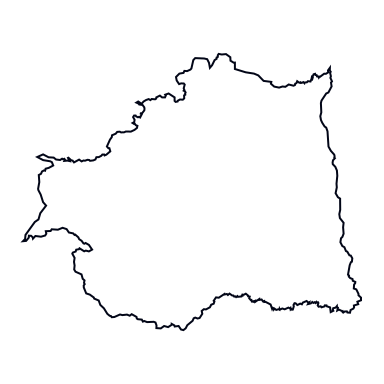 outline of Atebubu Amantin, Brong Ahafo, Ghana
{"feature_id": "2480657B7685147466351", "entity_name": "Atebubu Amantin", "entity_type": "district", "adm_level": 2, "iso_a3": "GHA", "parent_name": "Ghana", "parent_adm1": "Brong Ahafo", "projection": "orthographic", "projection_center": [-1.011, 7.728], "detail": "fine", "context": "isolated", "style": "outline", "palette": "ink", "viewbox_px": 384, "rotation_deg": 0, "n_neighbors": 0, "source": "geoboundaries", "source_scale": "gbopen_adm2", "svg_char_len": 5909}
<svg xmlns="http://www.w3.org/2000/svg" viewBox="0 0 384 384"><path d="M76.2,249.7L75.7,251.5L72.8,252.6L72.3,253.7L74.6,257.9L74.0,261.9L74.6,265.5L74.2,269.5L75.5,271.7L81.5,274.4L82.7,278.8L84.5,280.4L84.0,282.9L84.7,284.1L83.7,285.5L83.8,287.5L86.2,293.4L89.8,294.6L93.8,297.5L94.2,298.6L98.7,300.5L100.3,304.9L103.9,308.3L107.3,313.8L109.7,315.8L110.9,316.0L111.7,317.2L114.4,317.0L120.0,314.5L122.4,315.1L127.0,314.6L129.7,315.7L131.7,314.2L136.5,316.9L136.8,318.5L137.8,319.2L141.8,319.6L142.9,321.6L144.2,321.0L147.1,322.1L153.7,321.8L155.5,322.5L156.5,325.4L156.4,328.1L160.8,328.4L164.1,326.0L168.1,327.1L171.7,324.8L171.7,323.9L174.4,325.4L174.7,326.5L178.6,326.0L181.0,329.5L183.4,330.1L185.7,328.3L187.3,325.2L192.6,320.8L193.7,318.3L195.2,317.6L197.6,318.5L199.6,318.0L202.3,313.8L201.7,311.0L203.8,309.2L206.0,309.4L209.9,307.3L211.2,304.7L213.7,303.7L214.4,301.5L213.7,300.8L216.0,297.4L218.8,297.7L224.4,294.0L224.5,294.5L226.9,294.0L227.9,295.0L229.5,293.6L232.2,295.5L233.4,295.5L234.2,296.6L235.4,296.4L236.1,297.1L237.4,296.1L237.8,296.8L241.4,296.5L241.7,295.6L242.5,295.7L242.6,294.6L243.7,294.8L245.8,293.7L248.0,295.5L248.1,296.3L249.7,296.6L249.2,298.3L250.7,300.0L251.4,299.9L251.8,301.5L253.4,301.2L253.4,301.8L254.5,301.9L254.5,301.2L255.6,300.5L256.2,300.6L256.0,301.3L259.3,299.0L259.4,299.9L261.6,299.5L263.0,301.4L264.2,301.0L264.3,302.0L265.6,301.9L270.6,304.5L272.1,308.9L272.6,307.7L273.7,308.3L273.9,309.4L274.5,308.6L276.2,309.9L278.7,309.2L279.5,309.7L279.6,309.0L279.9,309.6L282.3,308.5L284.7,309.3L288.4,307.6L290.0,308.4L290.4,308.0L290.6,309.4L291.2,308.8L291.9,309.7L292.8,309.6L293.8,306.4L293.5,305.0L294.5,303.2L295.6,303.3L297.3,305.0L297.9,304.6L297.7,304.1L298.3,304.6L300.2,303.6L301.9,304.3L302.8,302.6L306.6,301.0L308.3,302.6L309.0,302.3L308.0,304.1L310.8,303.4L312.3,302.0L313.3,302.9L314.7,302.2L315.4,303.0L316.2,302.1L316.4,302.7L317.9,302.2L318.4,303.0L317.7,305.4L318.6,306.7L320.7,306.3L321.5,307.3L324.5,306.4L324.8,305.4L326.5,305.4L326.8,306.3L330.1,307.4L330.7,312.1L333.3,310.8L332.8,310.0L333.2,308.2L335.7,307.6L336.9,306.1L337.0,307.3L337.9,307.7L337.3,310.5L338.9,309.6L341.9,311.0L342.5,311.9L342.9,311.4L343.5,312.4L344.7,311.5L346.9,311.4L347.4,312.5L350.0,312.7L350.6,310.0L353.4,308.6L354.1,307.2L353.9,305.5L358.2,304.2L357.4,301.7L361.0,300.3L361.0,297.6L358.5,295.3L358.5,293.9L356.3,289.4L353.8,288.5L354.1,284.6L355.2,283.1L355.3,281.9L352.8,280.8L352.5,279.0L350.2,278.1L348.8,276.6L349.0,275.5L348.0,274.7L349.7,265.2L350.9,262.2L351.9,261.7L352.3,258.3L350.8,255.6L349.4,255.3L347.3,251.7L345.9,251.0L344.4,247.2L342.3,246.0L340.4,242.2L341.0,238.3L342.4,236.9L343.6,233.7L343.1,227.3L343.6,222.8L339.9,218.1L339.3,214.1L340.2,209.9L340.1,198.6L337.9,197.2L335.6,193.2L336.8,187.4L336.5,183.7L337.3,175.8L336.9,170.5L335.3,166.8L332.8,164.2L332.6,162.5L333.0,160.3L334.9,158.2L334.3,157.6L334.6,156.2L334.2,154.6L330.9,150.9L328.5,146.6L327.5,131.3L326.2,127.6L324.6,126.5L322.2,122.7L321.0,120.1L320.3,116.2L321.3,112.4L320.9,103.1L321.5,100.6L326.2,93.5L328.4,92.5L331.6,86.4L331.0,82.6L332.0,81.4L330.4,77.9L330.9,76.2L330.1,72.9L330.7,71.8L329.8,70.4L329.9,67.8L328.0,70.4L328.2,72.4L325.9,73.8L324.2,73.7L320.0,76.8L319.4,76.6L318.8,77.6L318.3,76.5L317.0,76.4L316.7,75.2L315.5,75.0L315.1,73.8L313.6,74.3L312.7,76.5L312.0,76.4L311.7,78.0L312.6,78.0L312.1,79.7L311.2,79.6L310.5,81.5L307.9,81.2L306.9,82.3L304.6,82.5L304.4,83.2L303.3,82.1L301.7,82.9L300.5,82.3L300.2,82.9L298.9,82.5L297.2,81.2L296.4,83.2L295.2,83.7L294.9,85.1L293.5,85.7L288.7,84.5L285.4,86.8L282.5,86.5L279.1,87.6L274.2,86.6L270.9,83.7L271.3,81.9L263.6,80.9L258.3,75.4L254.0,73.6L245.7,72.3L234.9,69.0L234.9,62.6L233.7,62.7L230.5,60.7L230.3,57.2L226.0,54.1L221.7,54.5L218.7,53.9L217.8,55.2L217.8,56.9L216.6,57.5L216.6,58.8L214.6,60.1L212.1,65.2L209.9,67.8L209.0,62.8L207.2,59.2L204.2,58.5L195.2,58.1L193.3,60.1L191.4,68.5L190.4,69.6L187.1,71.1L184.4,70.9L183.5,72.9L179.4,73.6L176.0,77.0L176.7,80.5L179.1,84.1L181.1,83.4L183.8,83.5L184.7,84.6L183.7,88.3L184.3,89.8L183.7,90.7L185.1,91.4L185.6,92.6L185.1,93.3L185.3,94.7L184.1,95.4L184.2,98.4L182.8,99.7L180.0,99.5L177.8,100.7L177.6,101.5L175.6,101.9L174.6,100.9L174.6,97.4L168.6,93.5L165.2,94.7L165.8,95.6L165.0,97.4L162.1,97.4L159.9,95.6L156.3,97.4L156.2,98.6L155.1,99.3L151.7,99.0L150.4,100.1L148.7,99.1L146.1,100.0L143.6,101.5L141.6,103.8L138.2,101.5L136.4,102.6L138.6,103.6L139.2,104.5L142.6,105.0L144.3,107.4L144.5,108.8L144.3,110.4L142.5,112.7L141.6,113.4L140.0,113.3L141.8,114.2L140.1,117.5L139.1,116.8L138.0,117.3L136.1,116.4L135.6,115.5L134.1,115.5L133.1,117.1L134.6,119.8L134.2,122.1L132.6,123.0L134.0,123.9L134.6,123.5L135.8,125.2L137.4,125.8L137.0,127.9L134.5,129.9L130.9,131.6L125.9,131.5L124.1,132.3L121.0,132.4L119.8,131.7L117.2,131.9L115.7,133.7L112.0,135.3L111.8,137.1L110.0,139.6L106.9,146.5L108.3,148.1L109.4,148.2L110.3,151.3L106.3,154.7L104.6,155.4L104.2,154.5L102.4,154.5L101.3,155.8L98.8,157.1L96.4,157.2L95.4,159.5L93.3,160.4L90.0,160.8L89.2,160.0L87.5,159.8L85.0,160.7L83.5,160.5L81.6,161.4L79.1,159.6L74.0,162.4L72.6,160.6L71.2,160.3L68.4,157.7L68.0,157.9L69.7,161.1L67.4,160.6L64.4,160.9L65.0,159.7L64.3,158.8L63.0,159.3L62.1,158.7L60.1,160.0L56.0,159.5L53.7,157.6L48.6,157.3L43.1,154.4L37.3,157.0L43.1,160.1L50.3,161.3L51.9,162.2L53.2,165.5L48.7,167.9L45.6,168.7L45.1,170.7L44.0,170.4L42.0,171.5L41.0,173.8L38.8,175.0L39.3,182.1L38.1,188.9L38.4,190.2L40.7,194.6L43.1,202.2L46.1,205.6L40.3,213.2L38.5,219.4L34.8,222.0L25.5,234.9L25.1,239.0L23.0,241.2L26.1,240.9L28.8,237.6L28.9,235.7L31.1,235.8L32.8,237.4L33.0,238.6L35.4,236.0L41.0,236.7L45.2,235.5L46.3,233.7L45.8,231.2L50.6,231.0L51.7,229.3L57.9,229.7L62.6,227.8L66.6,229.1L68.9,232.5L73.2,233.4L74.5,234.9L75.2,234.6L78.3,237.3L79.2,239.2L81.6,240.8L83.5,243.4L84.4,243.7L85.6,243.0L88.9,244.9L92.1,249.6L88.9,251.4L85.8,250.6L84.2,251.3L79.5,248.3L79.0,249.2L76.2,249.7Z" fill="none" stroke="#020617" stroke-width="2"/></svg>